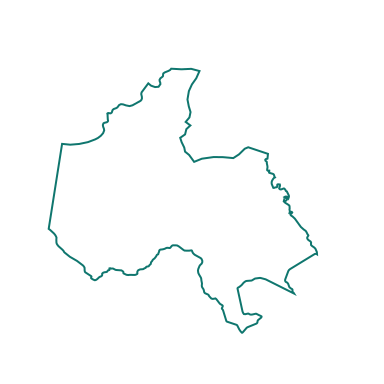 the Province of Northern, rotated 289°
{"feature_id": "ZMB-515", "entity_name": "Northern", "entity_type": "Province", "adm_level": 1, "iso_a3": "ZMB", "parent_name": "Zambia", "parent_adm1": "", "projection": "natural_earth1", "projection_center": [30.182, -9.848], "detail": "fine", "context": "isolated", "style": "outline", "palette": "teal", "viewbox_px": 384, "rotation_deg": 289, "n_neighbors": 0, "source": "natural_earth", "source_scale": "10m", "svg_char_len": 5961}
<svg xmlns="http://www.w3.org/2000/svg" viewBox="0 0 384 384"><g transform="rotate(289 192 192)"><path d="M195.2,53.5L197.1,61.5L200.7,69.7L205.3,77.4L210.2,83.3L212.5,85.5L215.5,87.5L218.7,88.8L221.7,88.9L223.3,88.0L224.7,86.8L226.3,85.9L228.0,85.9L228.8,86.5L230.2,88.7L231.0,89.3L231.9,89.5L232.5,89.2L233.1,88.8L236.8,87.3L237.6,87.1L238.1,86.9L238.3,86.5L238.6,86.4L239.2,86.8L239.5,87.4L239.7,88.9L239.9,89.5L240.9,90.2L241.8,90.3L242.8,90.2L243.9,90.3L245.0,91.0L246.6,93.0L247.7,93.9L250.5,94.8L251.9,96.2L252.4,98.3L252.4,101.4L252.9,105.0L254.6,107.5L261.5,113.7L262.8,114.2L264.2,114.2L265.7,113.6L268.1,112.1L269.8,111.9L280.5,115.3L279.2,118.7L279.2,122.9L280.6,126.1L283.7,127.0L285.2,126.3L286.2,125.4L287.4,124.8L289.2,125.1L291.3,126.5L292.0,126.8L292.7,126.7L294.1,126.3L294.8,126.3L296.2,127.3L298.9,130.4L300.3,131.6L301.8,132.2L304.6,142.1L308.2,151.2L308.8,159.7L300.9,159.0L293.7,156.9L286.4,156.2L278.0,157.6L271.9,161.1L267.1,164.6L261.7,165.3L256.2,163.2L254.4,168.8L249.6,166.2L244.2,166.7L239.4,163.2L235.7,166.0L231.5,170.2L227.9,172.3L226.1,177.2L221.2,184.2L226.7,190.5L232.1,201.1L235.1,210.2L237.5,220.0L242.9,224.2L250.1,227.8L252.6,230.6L252.8,251.4L248.1,252.5L247.8,252.2L247.5,251.5L247.0,251.0L246.2,250.8L245.5,251.3L244.9,252.8L244.4,253.1L243.5,253.4L241.0,254.9L239.7,255.4L237.8,255.7L237.1,256.0L236.8,256.8L237.2,257.5L237.4,258.1L237.0,258.3L235.9,258.3L235.4,258.6L235.3,259.1L235.5,262.5L235.3,263.4L234.7,264.1L233.3,265.0L232.8,265.7L232.0,264.9L230.6,264.4L229.1,264.1L227.9,264.0L226.6,264.3L225.5,264.8L222.4,267.5L222.5,268.1L223.4,269.2L223.8,269.9L224.0,270.4L224.3,270.7L225.2,270.8L225.7,270.7L226.2,270.3L226.8,270.3L227.3,270.8L227.7,272.6L226.5,273.2L223.9,273.2L223.3,273.9L223.2,274.7L223.5,275.5L225.0,277.3L225.3,277.8L224.9,278.9L224.6,279.4L224.1,279.9L223.6,280.4L223.4,281.5L220.2,284.7L219.1,285.2L217.5,285.2L218.2,284.4L218.5,283.6L218.4,282.7L218.0,281.7L217.2,281.0L216.9,281.8L216.8,283.8L215.7,284.2L214.4,283.7L213.7,282.8L214.5,281.7L213.0,281.8L212.1,283.8L211.5,286.5L210.9,288.4L210.2,288.9L208.2,289.7L207.4,289.8L206.9,290.0L206.2,290.5L205.3,290.9L204.3,291.0L205.7,292.7L205.3,293.4L204.3,293.2L203.4,292.1L202.7,292.4L202.1,293.2L201.8,294.1L201.6,295.0L200.3,297.9L194.4,306.3L192.9,309.9L192.3,312.0L191.8,312.8L190.2,314.5L189.8,314.8L189.1,315.9L188.7,316.2L187.0,315.8L186.2,315.8L185.5,316.2L184.9,316.9L184.5,317.7L184.0,319.4L183.8,320.2L183.3,320.8L182.7,321.2L181.8,321.3L180.5,322.0L179.9,323.5L179.4,325.4L178.6,327.1L175.9,329.6L173.8,330.5L173.9,330.1L173.9,329.5L173.6,328.7L173.4,328.3L151.0,309.8L149.8,309.1L148.6,308.8L139.7,308.6L138.7,308.8L138.2,309.1L137.6,309.8L137.3,311.6L136.5,312.8L134.0,314.8L133.6,315.4L133.2,316.4L132.9,317.4L132.8,318.2L132.5,318.7L130.3,319.6L129.7,321.0L129.2,321.6L133.4,290.1L133.1,285.6L133.0,284.7L132.7,283.8L130.8,280.0L130.4,279.5L129.9,279.1L128.1,277.6L127.6,277.0L125.7,272.6L125.3,272.0L124.9,271.6L123.6,270.7L122.9,270.3L120.1,269.2L117.7,267.7L116.6,266.7L116.3,266.5L115.8,266.4L115.3,266.6L95.4,278.7L94.3,279.7L93.5,280.8L93.8,282.1L95.2,284.4L95.4,285.0L95.2,286.0L95.1,286.6L95.2,287.5L95.5,288.3L95.8,288.9L97.7,292.0L97.8,292.6L97.7,293.1L97.4,295.2L97.2,297.3L97.1,297.8L97.0,298.2L96.7,298.4L96.3,298.4L95.8,298.3L92.4,296.2L92.1,296.1L91.7,296.0L89.7,296.3L88.9,296.0L88.6,295.8L82.1,288.4L81.4,287.9L75.9,285.7L75.3,285.3L75.2,284.9L75.4,284.6L76.0,283.4L77.4,281.5L80.6,278.2L80.8,277.8L80.9,277.2L80.8,267.5L80.9,266.9L81.3,266.4L90.1,260.0L90.8,259.3L91.3,258.4L91.7,258.1L92.2,258.1L93.6,258.3L94.1,258.2L94.5,258.0L94.8,257.5L95.2,255.6L95.3,255.1L95.7,254.3L98.6,249.9L98.8,249.4L99.0,248.8L98.8,248.5L98.0,247.1L97.6,246.1L97.6,245.5L97.6,244.9L98.8,242.7L99.2,242.0L99.8,241.5L100.1,241.0L100.3,240.3L100.5,237.6L100.7,236.9L100.9,236.6L101.1,236.3L103.3,234.9L103.7,234.6L105.0,232.9L105.6,232.3L106.5,231.8L108.8,231.2L111.4,229.7L113.1,228.9L113.4,228.7L114.0,228.2L116.2,225.6L117.3,224.5L117.9,224.1L119.3,223.4L119.7,223.2L121.3,223.0L124.6,223.2L125.0,223.3L125.8,223.6L127.3,224.4L128.7,224.6L129.5,224.4L129.9,224.3L130.5,224.0L131.7,222.9L132.1,222.3L132.4,221.4L133.5,215.2L133.8,214.3L134.2,213.5L134.6,212.8L135.1,212.2L136.3,211.2L136.6,210.8L136.6,210.4L136.4,210.0L135.7,208.6L134.6,205.4L134.2,204.0L134.3,203.4L134.4,202.9L136.2,197.5L136.6,195.6L136.5,194.8L135.6,191.9L135.3,191.2L134.7,190.6L134.4,190.4L132.2,189.6L131.8,189.2L131.6,188.5L131.3,187.1L131.0,186.5L130.8,186.0L129.9,185.2L128.9,184.0L128.1,182.7L127.2,180.8L126.6,180.3L126.3,180.2L125.9,180.1L125.1,180.3L123.4,180.2L122.2,180.3L121.9,180.1L121.4,179.5L121.1,179.3L120.7,179.2L119.3,179.0L117.0,178.2L115.8,177.4L115.1,177.0L113.8,176.8L112.3,176.2L111.9,176.2L110.7,176.4L110.4,176.4L109.0,175.6L108.2,175.4L107.7,175.2L107.4,174.8L106.6,173.4L106.2,173.1L105.1,172.8L104.3,171.8L103.5,171.3L103.1,170.8L101.9,168.1L100.6,166.7L99.9,166.4L99.0,166.3L98.6,166.3L98.2,166.4L97.5,166.8L97.2,166.9L96.8,166.9L96.5,166.7L95.6,165.9L95.3,165.5L94.9,164.8L93.4,160.1L92.7,158.7L92.6,158.1L92.4,157.2L92.4,156.7L92.7,154.1L92.8,153.7L93.1,153.5L93.9,153.2L94.2,153.0L94.6,152.1L94.9,150.8L93.6,145.8L93.5,144.9L93.9,142.4L93.8,141.8L93.3,140.6L93.3,139.6L93.1,139.1L92.9,138.8L92.5,138.9L91.9,139.2L91.6,139.3L91.3,139.2L90.6,138.2L90.3,138.0L89.1,137.7L88.8,137.5L88.3,136.8L87.8,135.7L86.9,134.4L86.6,134.2L85.7,133.7L85.3,133.7L84.9,133.9L84.3,134.1L83.6,134.1L83.0,133.7L82.4,133.3L81.9,132.6L81.3,132.1L80.7,131.7L80.0,131.4L78.7,130.7L77.7,129.9L77.3,129.5L76.9,128.6L77.1,126.8L77.4,125.4L77.6,124.9L77.8,124.6L78.2,124.5L79.1,124.5L79.4,124.4L79.6,124.1L81.3,117.4L81.7,116.7L82.7,116.1L84.8,115.3L85.5,115.0L85.8,114.7L86.7,113.5L87.1,112.7L89.4,105.7L91.0,97.6L93.3,91.2L93.7,90.5L94.5,89.7L95.3,88.2L97.3,83.4L98.2,82.0L98.9,81.1L99.2,80.9L99.8,80.4L102.6,79.3L104.8,78.7L105.7,77.9L106.7,76.8L107.8,75.1L109.9,70.3L110.5,68.5L195.2,53.5Z" fill="none" stroke="#0f766e" stroke-width="2"/></g></svg>